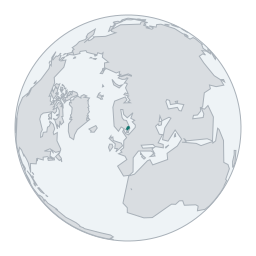 Kronoberg on an orthographic globe, rotated 317°
{"feature_id": "SWE-182", "entity_name": "Kronoberg", "entity_type": "County", "adm_level": 1, "iso_a3": "SWE", "parent_name": "Sweden", "parent_adm1": "", "projection": "orthographic", "projection_center": [14.682, 56.81], "detail": "fine", "context": "on_globe", "style": "filled", "palette": "teal", "viewbox_px": 256, "rotation_deg": 317, "n_neighbors": 0, "source": "natural_earth", "source_scale": "10m", "svg_char_len": 10504}
<svg xmlns="http://www.w3.org/2000/svg" viewBox="0 0 256 256"><g transform="rotate(317 128 128)"><circle cx="128" cy="128" r="113" fill="#eef3f6" stroke="#a8b0b8"/><path d="M15.6,120.5L15.7,120.9L16.7,114.4L17.0,111.5L16.8,111.2L18.9,100.7L20.8,94.5L33.7,66.4L36.5,62.4L38.7,59.7L54.1,44.6L42.3,55.1L46.2,50.8L51.3,46.0L50.9,46.6L57.8,41.5L62.8,37.8L71.7,33.8L79.1,34.3L76.0,35.7L78.1,35.9L82.2,34.3L84.3,33.2L97.2,33.1L110.9,30.6L114.4,28.1L114.3,30.1L120.4,24.5L127.4,23.0L120.0,25.8L119.6,27.0L124.6,26.4L125.2,27.5L128.0,27.9L128.4,29.4L124.1,31.2L124.2,32.2L127.7,31.7L130.3,33.0L125.1,33.5L129.0,35.9L122.5,39.8L108.5,40.7L105.3,44.8L91.9,51.0L93.6,52.0L89.5,55.2L90.0,57.5L87.4,58.2L89.9,59.5L92.2,58.4L94.1,58.7L94.6,60.0L91.3,61.1L90.6,60.6L89.9,61.6L88.1,61.6L89.3,62.3L85.3,63.5L89.9,64.4L87.2,67.0L84.4,67.3L83.9,64.6L76.2,59.3L73.2,59.1L69.5,61.3L64.1,70.9L61.1,71.9L57.7,75.2L59.6,75.8L63.1,73.4L65.9,75.5L69.7,72.5L71.5,73.0L75.7,71.3L75.9,74.5L73.8,78.6L70.2,80.3L69.2,82.2L73.2,83.1L67.3,88.9L64.5,97.5L62.9,98.8L58.5,96.5L56.8,90.0L51.1,87.8L55.6,92.3L51.5,95.7L51.1,97.7L51.9,99.4L53.7,99.3L52.5,101.2L47.6,97.3L48.6,95.5L50.2,96.7L49.4,93.8L46.0,91.5L44.2,93.6L41.1,88.5L39.7,90.0L38.3,89.9L40.7,87.8L36.4,91.6L32.4,87.4L26.5,94.2L31.4,85.3L32.7,81.2L33.6,76.9L32.6,77.9L35.2,71.4L35.3,68.2L31.9,71.0L28.2,76.7L25.6,83.3L26.4,83.2L25.4,87.5L22.7,89.8L20.4,99.0L18.7,102.5L17.5,107.2L17.2,110.8L16.7,116.3L17.5,116.8L18.2,120.4L17.0,124.2L18.4,123.6L18.1,128.2L20.4,138.1L19.9,138.1L21.6,150.8L25.4,161.7L26.2,166.5L25.6,167.0L27.4,170.6L27.4,171.7L36.2,185.5L42.2,194.3L43.0,197.7L40.0,196.7L41.3,199.9L36.1,193.1L31.4,186.0L27.3,178.5L23.8,170.7L20.8,162.7L18.5,154.5L16.8,146.1L15.8,137.6L15.4,129.1L15.6,120.5ZM24.8,95.8L22.4,108.4L22.2,103.3L22.5,103.8L23.5,100.1L24.7,94.5L25.0,90.3L24.8,95.8ZM27.4,96.7L27.7,94.8L27.6,96.4L27.4,96.7ZM85.2,32.6L82.2,34.1L78.3,35.3L80.7,33.8L85.2,32.6ZM92.7,31.1L91.5,32.0L89.2,31.5L90.6,31.1L92.7,31.1ZM116.8,26.2L114.2,26.8L116.5,25.9L116.8,26.2ZM128.3,27.7L128.9,27.3L130.1,27.7L128.3,27.7ZM75.4,69.7L75.5,70.4L74.6,70.4L75.4,69.7ZM77.0,68.2L75.9,67.5L76.5,66.8L77.2,67.2L77.0,68.2ZM131.8,30.4L133.6,31.3L131.0,30.6L131.8,30.4ZM78.3,69.2L77.8,65.5L78.9,64.1L82.5,64.7L78.3,69.2ZM134.1,32.0L138.5,34.5L140.1,33.6L138.2,37.7L135.1,34.2L131.7,33.4L133.9,33.0L134.1,32.0ZM92.8,57.5L90.3,58.7L91.9,56.5L92.8,57.5ZM93.3,56.1L95.5,49.4L99.3,48.4L97.8,50.8L102.4,48.8L103.2,51.6L100.8,53.4L98.2,53.4L100.5,54.5L93.3,56.1ZM136.5,39.7L137.0,40.6L135.7,40.0L136.5,39.7ZM95.0,58.6L95.1,57.3L98.4,56.4L98.8,58.9L97.6,58.4L95.0,58.6ZM103.2,46.9L105.8,46.7L107.1,48.9L108.2,49.2L103.5,51.6L103.2,46.9ZM97.1,59.3L98.9,60.2L97.8,61.9L95.1,59.9L97.1,59.3ZM99.1,55.1L100.7,54.8L99.9,55.8L99.1,55.1ZM94.7,68.6L94.8,66.9L96.5,66.3L94.7,68.6ZM99.7,60.5L100.1,59.9L100.7,59.5L101.7,60.5L99.7,60.5ZM104.8,53.0L104.8,54.0L106.8,52.2L107.9,53.9L104.5,55.2L106.4,55.3L106.7,55.8L103.6,56.4L104.8,53.0ZM104.7,60.2L100.8,62.7L100.3,65.9L98.8,66.5L99.8,61.2L104.7,60.2ZM104.3,57.9L104.2,59.5L102.4,59.4L101.3,58.3L104.3,57.9ZM109.8,54.6L109.0,51.6L109.8,51.5L109.8,54.6ZM104.9,61.2L105.9,60.6L105.1,61.4L104.9,61.2ZM108.7,56.6L108.3,55.5L109.2,55.4L108.7,56.6ZM108.0,60.3L106.8,61.0L106.0,60.3L108.0,60.3ZM108.6,58.6L109.9,58.6L106.5,59.6L108.3,58.2L108.6,58.6ZM109.6,56.6L110.0,56.1L109.6,57.0L109.6,56.6ZM111.6,62.8L107.5,64.2L105.8,62.5L110.1,61.4L111.6,62.8ZM134.0,240.5L133.9,240.4L128.9,240.0L122.3,235.9L126.0,233.0L125.2,230.4L116.5,222.9L118.4,218.5L115.9,216.3L110.8,216.3L107.9,213.4L104.7,212.9L84.7,210.1L78.3,204.5L69.8,189.4L73.1,185.8L73.1,179.5L95.8,163.6L101.3,166.2L119.9,165.2L122.4,166.2L120.9,171.8L135.5,178.1L139.3,173.2L151.8,174.8L159.6,172.7L161.1,161.6L148.3,164.9L145.3,160.1L155.0,153.0L166.1,150.1L165.3,148.1L157.7,145.8L159.6,140.9L155.0,144.6L157.3,146.1L154.5,148.5L152.2,147.3L152.9,145.5L149.4,145.5L146.6,153.9L148.7,156.4L139.9,159.4L142.5,164.0L140.3,166.6L135.1,159.9L135.1,157.1L125.9,149.6L125.0,152.8L133.7,160.1L131.3,159.7L130.2,164.3L129.1,160.5L119.9,151.9L111.5,153.3L101.8,163.5L96.7,163.5L92.0,160.1L94.4,148.8L105.6,150.3L106.6,146.6L103.5,140.4L107.1,141.5L107.2,139.3L111.3,139.5L116.3,134.4L120.4,134.1L121.5,127.1L123.7,126.1L122.4,130.4L123.7,133.4L133.7,132.5L135.4,130.8L135.3,126.4L138.1,126.9L136.7,122.8L142.0,120.2L134.4,120.0L134.1,115.2L136.8,111.0L135.3,109.5L130.8,116.3L130.3,119.1L132.0,121.5L129.3,129.4L126.1,130.8L123.7,122.6L118.8,123.9L119.1,117.2L131.1,102.5L136.5,99.2L147.2,103.4L146.4,106.8L142.2,106.9L146.9,111.1L146.1,108.7L148.4,109.1L148.7,104.9L150.3,105.0L147.8,100.8L149.9,100.5L151.4,103.2L153.6,96.9L157.6,95.3L157.3,93.8L155.8,92.7L161.9,91.5L161.4,90.5L159.3,90.5L156.9,88.5L155.0,84.7L157.2,84.5L158.2,85.9L163.5,88.5L165.8,92.4L166.5,91.9L165.1,88.6L158.5,85.3L156.8,83.0L160.0,84.1L158.7,83.5L158.5,82.4L160.4,81.1L156.9,79.7L152.0,67.9L155.2,64.4L158.6,66.6L157.5,58.7L161.1,55.9L159.1,55.8L157.2,52.3L156.1,53.1L154.9,52.8L149.5,44.6L150.0,42.7L145.4,39.5L144.3,39.6L143.7,40.8L138.2,37.7L140.1,33.6L142.3,33.7L142.0,31.2L147.2,31.9L151.3,31.6L157.2,34.2L160.0,33.8L159.5,32.9L162.9,31.8L171.5,33.3L166.7,36.1L154.1,35.7L159.4,36.1L158.8,37.3L161.1,38.3L164.8,38.6L164.9,37.8L174.0,45.6L184.1,50.1L181.8,46.2L183.3,44.8L192.9,47.4L207.8,60.4L209.9,59.4L211.9,60.7L214.3,64.3L211.4,62.5L211.3,64.5L209.3,63.1L212.1,68.6L209.4,66.8L212.9,72.1L214.7,72.1L213.2,67.8L217.4,73.4L219.5,71.9L222.9,74.6L229.9,87.2L232.3,96.2L233.1,97.7L232.4,99.3L234.0,105.3L237.2,106.2L238.0,108.3L239.4,118.0L239.0,116.7L237.2,121.0L238.7,127.0L240.1,124.9L240.6,127.4L240.3,130.4L239.6,128.6L238.9,130.0L237.8,125.3L234.8,121.8L234.4,127.5L233.3,124.8L229.1,124.1L227.8,132.1L226.7,148.5L228.6,155.8L227.3,162.0L220.7,157.9L216.9,152.1L215.0,155.5L207.8,154.3L196.8,163.6L194.8,162.4L192.9,165.1L187.7,165.9L184.5,163.4L181.6,165.4L190.1,171.6L193.1,169.4L195.1,163.7L196.9,166.4L201.8,166.1L198.0,178.1L181.0,195.1L178.6,189.9L161.9,177.2L162.0,174.8L161.9,174.6L161.7,174.2L160.9,178.2L157.8,175.2L167.4,185.8L169.4,190.7L180.7,195.6L179.8,196.9L183.3,197.2L193.4,189.3L193.6,191.2L189.3,202.3L174.6,218.5L176.2,222.9L174.4,226.9L164.4,232.2L164.5,233.6L159.2,235.6L158.3,236.3L153.6,237.7L150.0,238.5L142.0,239.8L134.0,240.5ZM88.9,174.1L88.5,176.0L88.9,174.1ZM178.6,151.9L184.8,148.9L180.7,143.6L182.7,142.1L180.6,140.9L180.4,143.3L175.0,139.8L177.2,136.2L175.8,133.6L173.7,134.5L170.5,141.6L178.2,146.6L177.3,150.1L178.6,151.9ZM20.5,138.3L20.6,140.2L20.1,138.7L20.5,138.3ZM21.3,104.0L21.2,106.1L20.8,107.7L20.8,106.3L21.3,104.0ZM22.3,121.2L22.6,123.8L21.9,121.7L22.3,121.2ZM22.2,110.3L22.0,119.2L20.9,115.5L21.1,109.9L21.4,112.9L22.2,110.3ZM25.7,97.7L25.4,99.3L25.0,99.5L25.7,97.7ZM27.3,97.9L27.3,97.5L27.8,96.3L27.3,97.9ZM51.8,96.0L52.1,96.3L52.5,98.3L51.5,97.8L51.8,96.0ZM58.6,104.7L56.4,107.7L57.3,105.1L55.6,104.9L55.4,99.6L62.1,99.1L59.1,100.2L58.6,104.7ZM56.9,92.5L56.3,95.8L56.7,92.2L56.9,92.5ZM103.6,127.3L105.3,129.0L104.1,131.5L99.0,132.5L100.6,128.8L103.6,127.3ZM107.9,130.9L107.0,122.8L110.2,122.1L108.6,123.9L110.8,124.2L108.7,127.1L112.7,134.5L111.9,137.3L102.8,137.2L106.2,135.7L104.3,134.0L107.9,130.9ZM99.1,105.1L98.7,102.1L106.1,104.3L105.5,107.0L100.4,108.0L97.9,105.5L99.1,105.1ZM84.8,71.1L84.2,70.1L85.1,69.8L86.3,70.4L84.8,71.1ZM94.6,67.9L88.4,75.2L87.4,74.4L85.0,79.9L81.3,80.0L83.0,76.4L78.4,80.7L78.5,77.4L75.7,80.6L79.8,72.6L79.7,70.0L81.2,72.8L84.6,72.8L86.0,72.0L89.9,68.0L91.3,62.6L94.8,61.9L96.9,62.8L97.1,64.0L94.8,64.0L96.7,65.6L93.5,66.6L94.6,67.9ZM119.7,76.5L116.9,75.7L120.3,79.8L117.1,80.5L117.6,80.9L115.6,82.7L114.1,85.7L112.6,85.6L112.7,86.8L111.3,88.1L110.9,89.8L108.0,90.2L107.3,92.3L106.3,91.3L105.8,94.9L104.8,92.5L103.0,94.0L104.9,95.6L89.9,94.6L84.4,96.5L80.3,99.4L79.2,95.0L82.2,89.6L87.3,84.5L92.8,83.5L91.3,81.8L93.4,80.8L93.7,82.6L94.6,79.4L96.4,79.1L101.0,75.1L101.1,70.8L102.7,69.4L103.7,70.9L104.7,68.4L107.6,70.3L108.8,69.3L112.9,70.3L114.0,74.0L115.3,72.6L118.5,73.5L119.7,76.5ZM112.8,63.2L114.7,67.3L113.9,69.7L107.1,66.9L105.6,67.5L101.2,66.1L102.5,62.7L103.6,63.4L105.0,63.3L104.0,64.4L105.8,63.4L107.5,64.4L109.3,64.0L109.5,65.4L112.8,63.2ZM124.7,164.0L126.5,164.2L129.3,163.9L128.7,166.9L124.7,164.0ZM118.3,158.3L119.9,158.0L120.4,161.8L118.5,161.7L118.3,158.3ZM120.4,154.6L120.0,157.6L119.1,155.9L120.4,154.6ZM123.8,129.9L125.5,129.3L125.8,130.3L125.1,131.9L123.8,129.9ZM129.1,89.5L127.6,88.4L128.0,87.8L126.5,84.2L128.8,83.5L130.6,85.4L129.1,89.5ZM159.1,164.1L157.1,166.7L155.8,166.1L156.8,165.3L159.1,164.1ZM142.3,167.6L146.4,168.3L142.1,168.4L142.3,167.6ZM131.3,88.1L130.4,86.7L132.1,87.2L131.3,88.1ZM130.4,82.9L132.3,83.1L128.9,83.1L130.4,82.9ZM191.6,218.0L182.7,226.2L178.1,228.5L177.9,227.9L181.7,223.8L187.4,220.0L190.4,216.8L191.6,218.0ZM240.3,136.5L238.6,137.4L239.3,134.1L240.6,129.3L240.6,130.8L240.3,136.5ZM229.0,156.0L231.0,157.7L230.1,160.2L229.0,156.0ZM235.0,92.7L236.8,98.9L234.8,92.2L235.0,92.7ZM233.0,87.6L233.5,88.7L233.5,88.9L233.0,87.6ZM234.2,99.5L234.6,102.2L234.0,101.4L233.2,97.4L234.2,99.5ZM225.5,77.0L227.6,79.4L228.4,80.7L227.5,80.4L225.5,77.0ZM149.5,81.5L149.1,87.0L150.3,90.9L153.3,92.6L148.8,92.7L147.0,86.7L149.5,81.5ZM151.5,69.5L148.8,68.2L150.0,67.3L150.8,67.5L151.5,69.5ZM149.8,69.7L146.4,70.9L144.9,69.2L147.9,68.6L149.8,69.7ZM138.9,79.3L138.6,81.0L137.3,80.5L138.9,79.3ZM233.6,88.8L233.3,88.0L232.7,86.6L233.6,88.8ZM232.1,85.6L231.7,84.1L233.2,88.1L230.7,83.7L229.9,81.5L232.1,85.6ZM211.4,57.0L210.2,56.5L208.8,54.4L210.0,55.4L211.4,57.0ZM202.9,47.7L208.0,53.7L211.8,58.9L211.8,58.1L214.7,60.8L213.5,61.2L209.1,56.3L206.6,52.7L203.9,50.9L200.7,47.6L197.9,46.6L195.8,45.0L197.5,44.9L202.9,47.7ZM196.8,46.4L190.8,44.0L189.1,41.0L190.0,40.8L193.5,43.1L194.2,44.6L196.8,46.4ZM188.8,42.6L189.4,44.0L181.8,44.7L179.7,44.1L184.7,41.7L185.5,43.0L187.7,43.4L188.8,42.6ZM138.0,40.3L137.1,40.6L137.4,39.8L138.0,40.3ZM154.3,53.4L152.9,52.9L153.3,51.9L154.3,53.4ZM149.1,51.0L149.6,52.4L148.1,50.9L149.1,51.0ZM151.0,55.8L149.4,53.1L152.2,55.6L151.0,55.8Z" fill="#d9dde1" stroke="#a8b0b8" stroke-width="1"/><path d="M126.7,128.7L126.7,128.4L126.5,128.2L126.5,127.9L126.8,127.8L126.9,127.7L127.0,127.6L127.3,127.5L127.5,127.6L127.5,127.8L127.7,127.7L127.7,127.4L127.9,127.3L128.0,127.2L128.2,127.3L128.3,127.3L128.4,127.2L128.5,127.2L128.8,127.2L129.0,127.2L129.0,127.3L129.1,127.5L129.2,127.8L128.9,127.8L128.9,128.0L128.8,128.3L128.8,128.5L128.7,128.5L128.4,128.7L128.3,128.8L128.2,128.8L127.9,128.7L127.6,128.6L127.4,128.6L126.8,128.7L126.7,128.7Z" fill="#14b8a6" stroke="#0f766e" stroke-width="1.5"/></g></svg>